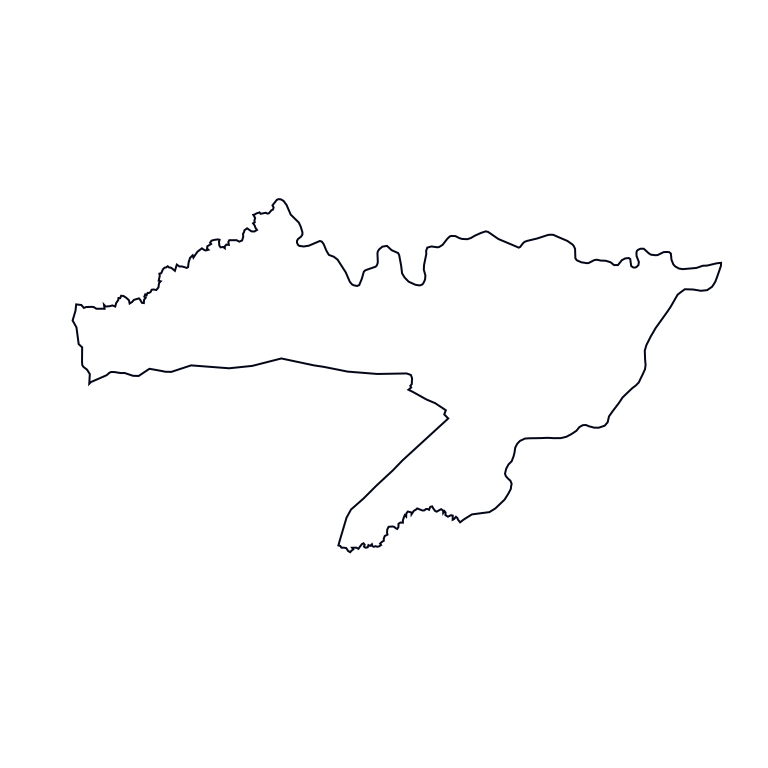 Itaqui, Rio Grande do Sul, Brazil, rotated 188°
{"feature_id": "56859067B22729484732675", "entity_name": "Itaqui", "entity_type": "district", "adm_level": 2, "iso_a3": "BRA", "parent_name": "Brazil", "parent_adm1": "Rio Grande do Sul", "projection": "natural_earth1", "projection_center": [-56.113, -29.138], "detail": "fine", "context": "isolated", "style": "outline", "palette": "ink", "viewbox_px": 768, "rotation_deg": 188, "n_neighbors": 0, "source": "geoboundaries", "source_scale": "gbopen_adm2", "svg_char_len": 6019}
<svg xmlns="http://www.w3.org/2000/svg" viewBox="0 0 768 768"><g transform="rotate(188 384 384)"><path d="M519.3,545.4L517.9,543.5L518.2,541.3L519.6,540.4L521.8,537.0L523.2,536.5L525.0,537.1L528.3,535.9L529.9,535.4L531.1,536.6L534.0,535.2L535.4,534.0L537.0,533.3L534.7,530.5L535.1,527.9L534.5,526.1L536.0,524.9L534.1,522.9L532.9,520.6L531.2,518.9L533.5,517.0L536.5,516.7L541.2,519.1L543.6,516.8L543.8,514.7L544.5,513.1L543.9,510.1L544.5,506.4L547.2,504.8L549.9,505.9L557.2,504.9L557.9,503.0L557.0,500.2L559.5,500.1L560.8,498.2L560.5,496.3L562.4,497.3L564.9,496.6L566.3,498.1L567.2,501.8L566.9,503.9L568.5,504.1L572.1,503.1L574.8,501.9L575.9,499.8L574.7,498.6L578.1,495.8L578.1,493.5L576.6,492.5L579.2,491.4L581.1,491.9L583.2,493.0L587.0,489.2L589.2,485.0L590.3,482.6L591.4,484.8L593.6,481.9L594.1,479.2L594.4,477.2L594.3,472.4L595.6,471.5L597.5,471.9L600.5,472.3L602.8,471.9L605.8,473.4L606.2,470.9L606.8,467.0L611.0,469.5L613.0,469.5L614.6,470.5L616.0,469.1L617.4,468.7L618.9,466.8L620.0,462.7L621.8,462.0L621.1,459.8L621.5,454.9L619.4,454.6L620.8,452.7L620.8,448.3L622.5,445.4L625.5,445.5L627.2,445.0L627.9,442.7L629.3,441.5L630.8,441.3L631.5,438.7L632.9,439.5L633.5,437.1L632.0,436.2L633.3,434.1L633.1,430.7L635.0,430.7L637.2,433.5L638.6,434.7L640.8,433.7L643.5,432.4L644.8,430.2L647.1,428.3L648.2,431.4L651.2,433.5L654.3,434.9L656.6,434.8L657.2,432.3L658.9,432.2L658.9,430.0L660.5,426.9L660.9,423.3L664.0,424.0L665.8,423.1L668.4,422.4L670.5,422.0L672.3,423.5L671.2,419.6L673.7,419.3L679.3,418.5L682.2,419.8L683.7,419.8L689.5,418.8L691.8,417.6L694.7,420.1L699.9,420.0L699.7,413.6L701.2,403.5L700.2,402.2L699.1,400.8L696.4,397.2L691.9,381.0L688.0,378.3L686.1,363.7L685.4,360.7L684.0,359.1L680.1,356.9L676.7,352.9L675.9,343.2L674.4,345.2L659.9,354.1L657.4,357.0L655.9,357.9L652.8,358.3L646.1,358.2L642.4,358.8L633.7,357.2L628.1,357.8L618.4,366.4L614.8,366.3L607.2,366.0L602.2,365.7L596.3,366.4L582.7,373.1L577.6,375.6L539.6,378.0L517.0,383.6L489.2,395.0L480.5,394.4L456.1,392.7L446.2,392.6L430.0,391.7L421.7,391.2L417.4,391.5L414.8,391.6L412.1,391.8L392.0,393.0L363.1,397.6L358.7,396.7L357.0,393.7L356.5,387.7L357.7,385.8L356.6,384.3L359.0,381.7L354.1,380.1L339.9,374.6L330.6,372.1L319.1,366.6L320.1,362.3L315.6,358.8L355.0,311.0L363.3,299.6L377.3,282.4L388.3,267.8L399.2,255.1L402.5,246.4L405.8,224.4L406.7,217.8L404.7,217.5L403.4,216.0L401.5,216.3L398.7,216.3L397.5,215.1L396.4,213.7L394.1,212.7L393.0,214.4L391.4,216.0L392.8,217.4L388.5,218.1L386.4,217.2L384.7,220.5L383.4,222.6L382.1,223.4L380.8,222.2L381.2,220.2L379.6,219.3L377.4,220.0L377.0,222.3L375.3,221.7L373.7,223.6L373.0,221.8L371.5,221.4L369.8,222.2L368.0,221.9L366.3,222.5L364.5,224.1L365.7,225.4L364.1,227.4L362.4,228.7L362.7,230.9L362.1,233.6L359.6,235.3L360.3,237.1L360.5,240.4L359.6,243.2L355.8,244.1L354.0,243.9L352.3,242.8L350.7,242.3L349.8,244.4L350.2,247.5L348.5,249.1L346.0,249.3L346.3,251.6L345.8,254.6L345.2,257.0L343.6,255.8L343.9,258.8L342.7,261.0L341.2,260.9L338.9,260.6L338.6,258.8L336.8,262.6L335.1,263.8L333.8,265.4L331.4,264.8L328.2,264.1L326.4,264.5L325.2,265.9L323.6,266.3L321.9,265.7L321.1,268.7L319.3,269.5L318.2,268.0L315.7,265.4L314.1,264.9L310.0,268.0L307.9,266.9L307.4,264.5L306.4,266.5L305.1,265.2L304.9,262.7L302.2,261.5L299.4,263.4L297.6,263.2L297.1,259.1L295.9,259.9L294.3,262.5L292.7,261.5L291.9,260.0L289.4,257.6L286.9,260.2L284.3,262.5L278.8,267.1L269.8,269.6L261.8,271.8L256.4,276.3L253.0,280.6L248.5,286.3L245.7,292.5L244.7,295.2L243.8,297.9L243.9,300.1L243.7,302.9L245.3,305.7L248.3,307.8L250.5,309.7L251.7,312.0L251.2,317.1L249.5,321.7L246.8,325.3L245.6,330.5L245.2,334.7L245.2,339.2L243.8,343.3L241.4,346.6L236.8,349.6L232.9,350.4L229.2,351.0L222.7,352.0L220.9,352.3L214.3,353.5L208.2,354.0L201.4,355.0L196.1,357.1L191.4,360.5L186.9,364.5L184.6,368.4L183.3,369.5L181.4,370.9L178.3,371.5L176.4,371.0L175.0,370.6L173.5,370.5L169.8,370.0L165.3,370.6L159.7,373.4L157.2,377.2L156.7,383.2L153.9,388.7L149.0,397.4L147.6,400.2L146.0,403.7L143.0,407.6L137.6,414.4L134.4,417.6L131.9,421.0L130.7,424.9L129.3,429.1L127.6,434.9L127.6,439.2L128.8,444.4L130.4,453.3L129.6,458.9L126.3,468.7L125.0,471.7L122.9,477.0L113.3,495.4L111.0,500.1L109.7,503.3L105.7,513.3L103.1,516.0L99.3,519.7L91.0,520.6L83.2,520.4L77.1,521.9L72.7,525.9L71.3,528.7L70.1,531.6L69.1,536.1L68.0,541.6L66.8,548.0L67.1,550.9L71.4,549.8L80.6,546.2L84.7,545.5L90.8,542.4L104.2,539.3L108.1,539.4L112.1,541.0L114.1,542.7L116.6,547.0L118.1,553.1L119.8,554.2L121.7,554.2L125.5,553.5L130.9,549.8L133.1,549.3L137.6,549.2L139.9,550.2L145.6,554.1L149.0,553.6L151.0,552.3L152.1,551.0L152.3,549.3L151.7,545.9L148.6,540.3L148.6,537.1L150.2,535.1L151.6,534.2L153.4,534.1L155.6,535.2L157.6,542.1L159.2,542.8L162.7,541.9L165.7,539.7L168.9,534.3L172.8,533.8L176.6,536.1L181.6,536.9L186.6,536.4L190.6,536.7L193.1,535.9L198.3,532.2L200.1,531.9L205.6,532.0L210.4,533.4L212.0,535.2L213.6,544.4L215.3,547.1L216.8,548.4L222.3,551.2L232.7,554.0L237.2,555.3L240.6,554.9L242.8,554.2L252.6,549.4L262.0,545.7L264.5,544.4L266.0,542.7L268.2,538.7L269.5,537.8L290.9,543.5L302.1,549.1L304.6,549.3L308.8,547.2L314.7,543.5L318.2,540.7L321.6,539.0L326.9,538.5L329.8,539.0L333.8,540.4L337.9,540.0L339.5,539.2L341.6,536.5L345.3,530.0L348.5,527.3L350.2,526.8L356.2,526.8L360.1,525.1L360.8,521.8L360.2,518.5L360.9,507.6L360.5,502.8L358.1,497.2L357.9,493.1L358.8,489.9L359.8,488.0L361.7,486.8L363.5,486.5L367.0,486.7L373.9,488.8L378.5,492.4L381.5,496.1L383.5,503.6L386.9,513.7L388.3,515.7L389.9,516.1L395.1,517.6L400.3,521.2L404.7,519.8L407.5,516.7L408.5,514.6L408.7,512.7L407.2,504.5L407.1,502.7L407.7,500.3L408.6,499.0L418.2,494.1L419.6,492.4L420.6,485.2L422.3,478.5L424.3,477.3L428.1,477.6L429.7,478.3L432.1,480.5L437.4,489.2L447.3,500.7L451.3,503.0L456.6,504.2L459.6,508.0L463.2,514.1L465.3,516.3L467.4,516.7L477.7,510.5L482.6,509.0L487.2,509.0L488.5,509.8L489.8,511.8L490.1,513.6L489.4,515.5L486.6,518.4L485.6,520.7L485.9,522.9L488.3,528.1L490.8,532.0L499.9,538.7L505.4,547.7L508.9,551.3L511.8,552.5L514.1,552.4L515.8,551.4L519.3,545.4Z" fill="none" stroke="#020617" stroke-width="2"/></g></svg>